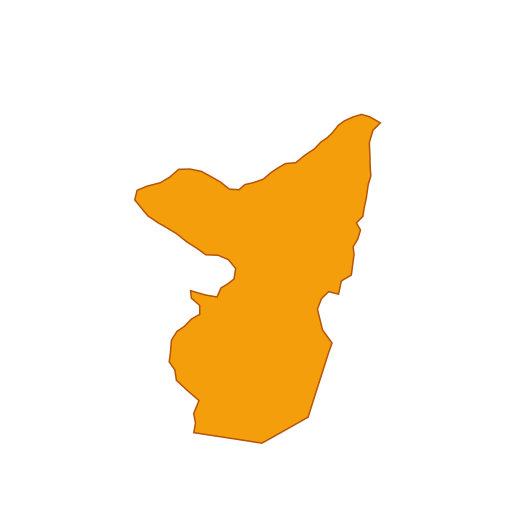 the district of Lajeado Grande, Santa Catarina, Brazil, rotated 305°
{"feature_id": "56859067B27052797536229", "entity_name": "Lajeado Grande", "entity_type": "district", "adm_level": 2, "iso_a3": "BRA", "parent_name": "Brazil", "parent_adm1": "Santa Catarina", "projection": "natural_earth1", "projection_center": [-52.542, -26.847], "detail": "fine", "context": "isolated", "style": "filled", "palette": "amber", "viewbox_px": 512, "rotation_deg": 305, "n_neighbors": 0, "source": "geoboundaries", "source_scale": "gbopen_adm2", "svg_char_len": 1284}
<svg xmlns="http://www.w3.org/2000/svg" viewBox="0 0 512 512"><g transform="rotate(305 256 256)"><path d="M241.6,120.9L232.4,124.5L229.7,134.1L226.8,144.4L227.1,157.3L227.9,165.9L228.7,177.9L227.9,190.9L228.4,204.1L228.2,214.2L234.8,224.4L237.2,235.5L234.1,246.5L224.5,251.2L216.8,248.8L209.7,245.6L200.1,247.6L195.1,237.0L190.0,222.3L184.4,227.3L183.2,238.2L176.0,243.4L167.5,239.3L157.3,237.7L148.9,234.5L138.5,235.0L127.5,241.5L119.5,245.6L116.1,254.9L108.5,262.1L106.4,277.5L104.9,292.2L91.2,295.3L84.4,302.3L75.6,306.4L106.1,368.2L132.9,381.1L153.9,391.1L178.3,383.4L193.6,378.7L216.9,371.4L228.3,368.2L233.6,352.9L247.7,336.8L258.5,334.1L268.4,335.9L272.1,345.5L284.5,340.2L295.1,345.0L304.7,340.0L313.4,335.5L319.2,330.3L328.4,329.6L337.2,326.7L340.6,319.3L349.8,320.8L358.6,316.5L366.2,313.4L378.8,307.0L387.6,304.1L394.7,298.2L404.3,291.2L413.9,283.8L426.1,279.7L436.4,281.5L435.2,269.1L432.5,261.2L425.4,255.6L417.2,250.8L410.4,248.5L400.8,247.9L393.6,246.5L386.7,243.8L377.2,242.4L366.5,238.2L355.2,235.0L348.6,227.1L340.1,223.2L332.6,220.3L323.3,218.0L314.5,211.7L308.1,205.9L300.6,204.1L295.5,195.9L296.2,184.4L295.2,173.4L294.0,162.7L289.4,152.1L282.6,142.9L271.1,140.1L261.1,135.6L250.9,126.8L241.6,120.9Z" fill="#f59e0b" stroke="#b45309" stroke-width="1.5"/></g></svg>